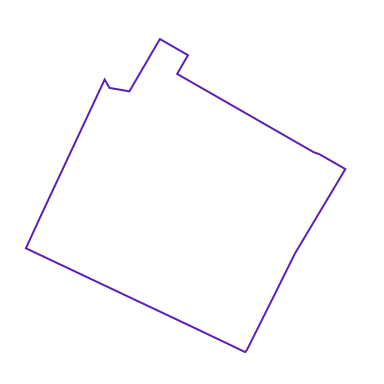 Montgomery, Ohio, United States of America (orthographic projection), rotated 296°
{"feature_id": "52423323B48095289602104", "entity_name": "Montgomery", "entity_type": "district", "adm_level": 2, "iso_a3": "USA", "parent_name": "United States of America", "parent_adm1": "Ohio", "projection": "orthographic", "projection_center": [-84.235, 39.75], "detail": "fine", "context": "isolated", "style": "outline", "palette": "violet", "viewbox_px": 384, "rotation_deg": 296, "n_neighbors": 0, "source": "geoboundaries", "source_scale": "gbopen_adm2", "svg_char_len": 395}
<svg xmlns="http://www.w3.org/2000/svg" viewBox="0 0 384 384"><g transform="rotate(296 192 192)"><path d="M313.9,117.9L315.4,96.1L255.0,91.6L249.4,72.2L254.8,64.2L102.4,66.6L68.6,67.4L69.4,132.6L71.0,261.1L71.4,310.0L74.2,310.6L136.5,311.2L182.1,311.5L279.8,319.8L281.8,289.8L281.1,283.9L289.4,160.0L291.6,126.9L313.2,128.4L313.9,117.9Z" fill="none" stroke="#5b21b6" stroke-width="2"/></g></svg>